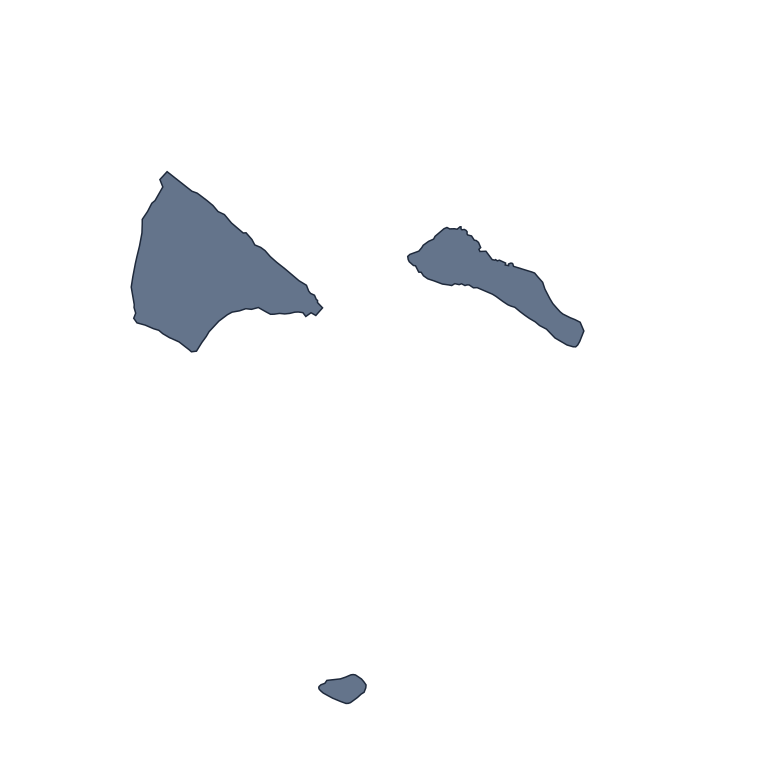 Parem, Federated States of Micronesia (Mercator projection), rotated 247°
{"feature_id": "79324940B22754223687783", "entity_name": "Parem", "entity_type": "district", "adm_level": 2, "iso_a3": "FSM", "parent_name": "Federated States of Micronesia", "parent_adm1": "", "projection": "mercator", "projection_center": [151.781, 7.352], "detail": "fine", "context": "isolated", "style": "filled", "palette": "slate", "viewbox_px": 768, "rotation_deg": 247, "n_neighbors": 0, "source": "geoboundaries", "source_scale": "gbopen_adm2", "svg_char_len": 2669}
<svg xmlns="http://www.w3.org/2000/svg" viewBox="0 0 768 768"><g transform="rotate(247 384 384)"><path d="M497.1,238.8L500.5,243.4L506.4,256.6L509.0,267.0L509.5,272.3L507.8,279.6L507.3,286.2L504.5,291.2L503.5,298.2L496.6,303.5L492.5,306.8L491.2,310.1L489.8,315.4L487.3,320.0L485.8,324.9L485.0,329.9L483.8,333.2L481.4,337.2L476.7,338.4L478.1,344.7L473.7,348.0L478.1,357.2L485.0,354.6L486.9,355.5L488.3,354.7L492.9,354.7L496.1,351.8L498.9,351.0L505.2,351.2L512.3,346.1L528.6,337.9L537.9,332.8L545.7,329.1L553.3,326.6L557.9,323.9L562.5,319.4L563.6,319.3L568.6,318.9L577.1,316.1L578.0,313.4L591.8,306.5L602.3,303.3L607.6,298.6L615.1,296.3L622.1,292.7L632.7,286.6L636.5,282.5L664.2,267.3L659.8,257.6L651.8,257.4L642.3,244.9L641.1,240.9L635.2,233.8L630.0,225.8L625.8,224.0L617.6,220.2L606.6,212.9L597.5,206.1L592.2,202.3L580.7,194.6L575.7,191.5L572.0,189.2L554.6,185.1L552.1,183.8L546.2,183.1L542.3,179.3L536.8,180.5L531.5,187.2L525.0,193.4L521.4,197.7L516.8,200.0L510.4,204.7L509.5,205.6L502.8,211.8L495.4,215.9L491.5,218.1L488.9,219.3L487.5,224.2L493.4,232.6L497.1,238.8ZM501.1,505.1L503.5,503.1L503.5,499.9L500.0,488.7L498.0,486.3L497.9,480.8L496.4,474.3L494.8,472.1L492.7,468.0L492.9,464.3L493.2,458.5L492.2,455.7L489.1,454.9L486.7,455.0L481.6,457.4L480.5,459.2L473.4,459.7L472.3,461.9L468.2,462.6L463.7,465.4L459.5,470.2L453.2,476.8L449.9,482.3L448.2,484.8L448.7,488.4L446.1,492.0L446.0,494.5L443.0,497.0L442.8,499.1L441.9,501.1L437.6,503.9L436.3,507.4L424.3,518.9L420.9,521.3L413.5,525.7L408.5,529.0L406.1,531.3L403.5,534.4L397.5,537.5L392.1,540.6L387.5,543.5L382.1,547.5L377.1,550.0L371.0,555.0L359.5,559.4L348.4,567.7L344.4,572.6L343.3,575.0L344.2,577.5L346.7,580.8L354.7,588.7L364.2,588.7L368.7,584.9L372.4,581.2L378.5,576.0L381.5,574.4L386.0,572.8L392.1,570.8L398.0,570.0L403.2,569.6L408.6,569.2L415.6,569.8L422.7,567.4L427.3,566.0L429.4,563.8L431.4,561.4L441.7,549.2L444.3,549.5L445.2,549.0L445.8,547.7L445.8,545.6L444.3,544.9L446.2,542.1L447.8,543.2L448.4,542.7L452.9,538.6L453.1,536.4L454.9,535.3L454.7,534.4L456.2,532.2L466.4,529.7L468.5,524.1L470.9,524.0L471.8,526.3L477.4,526.3L480.0,525.0L481.1,523.3L486.1,522.4L488.6,519.2L489.7,519.1L491.7,520.0L493.4,519.5L494.9,518.3L495.5,516.0L496.6,515.5L498.6,516.3L499.0,515.5L497.9,511.8L499.4,509.5L501.1,505.1ZM133.5,215.6L131.6,212.6L131.8,208.5L130.9,206.0L129.8,205.2L128.3,205.1L125.9,206.0L123.3,207.3L119.2,210.5L114.7,214.1L108.7,220.0L104.8,224.2L104.0,226.3L103.8,228.6L104.4,231.2L105.8,237.1L107.5,241.9L108.0,245.2L111.4,248.5L114.0,249.9L117.8,249.1L121.3,248.0L127.3,244.1L128.6,242.1L129.2,240.0L129.2,234.0L129.6,228.6L133.5,215.6Z" fill="#64748b" stroke="#1e293b" stroke-width="1.5"/></g></svg>